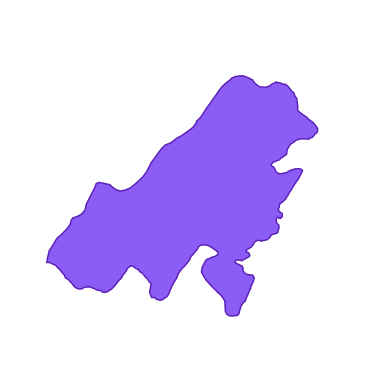 Sumusta, Bani Suwayf, Egypt (Equal Earth projection), rotated 28°
{"feature_id": "37247803B50724482845491", "entity_name": "Sumusta", "entity_type": "district", "adm_level": 2, "iso_a3": "EGY", "parent_name": "Egypt", "parent_adm1": "Bani Suwayf", "projection": "equal_earth", "projection_center": [30.871, 28.951], "detail": "fine", "context": "isolated", "style": "filled", "palette": "violet", "viewbox_px": 384, "rotation_deg": 28, "n_neighbors": 0, "source": "geoboundaries", "source_scale": "gbopen_adm2", "svg_char_len": 5077}
<svg xmlns="http://www.w3.org/2000/svg" viewBox="0 0 384 384"><g transform="rotate(28 192 192)"><path d="M214.8,55.2L211.7,59.6L211.3,60.7L209.9,63.1L208.4,64.2L207.5,65.4L205.1,66.0L204.0,66.7L203.2,67.2L201.3,67.3L200.8,67.3L198.3,66.8L195.9,66.3L193.0,64.6L188.3,64.7L187.7,64.7L185.4,65.0L182.4,65.5L179.5,67.2L176.2,69.6L173.8,72.5L172.9,75.4L171.0,79.4L169.2,84.6L168.3,89.2L167.9,92.6L167.1,99.5L166.3,105.8L165.4,111.5L165.0,117.2L164.6,121.8L163.0,126.9L162.8,127.6L163.3,129.3L162.5,134.4L160.2,139.6L157.8,144.3L156.0,147.7L153.6,151.2L152.7,153.0L150.4,158.2L149.0,159.9L146.1,163.4L145.9,164.3L145.0,167.3L144.8,168.0L144.7,168.5L143.9,173.2L143.1,179.5L142.2,185.2L142.3,189.8L142.4,195.5L141.6,201.2L139.8,206.9L137.9,212.1L135.6,217.3L134.0,219.4L131.8,222.0L128.0,224.9L123.7,225.6L119.8,225.1L115.9,224.1L114.3,224.6L109.2,226.0L105.4,227.2L103.5,229.6L104.1,234.1L104.2,239.8L104.3,245.0L104.4,252.4L106.0,258.0L104.7,263.8L102.3,267.3L99.0,270.8L98.6,273.7L99.6,277.6L98.8,283.4L96.5,291.4L95.6,293.7L94.7,295.5L94.3,299.5L94.3,301.2L93.9,307.5L93.5,310.9L94.6,314.9L95.6,318.8L96.9,322.4L98.1,321.6L100.5,321.0L101.9,321.0L104.4,320.9L106.8,320.8L108.7,321.9L111.2,322.4L113.6,323.5L116.5,324.6L118.0,325.1L119.4,326.2L120.9,327.3L123.2,327.3L123.8,327.3L126.2,328.3L129.7,329.4L131.6,330.5L134.0,331.0L135.0,331.0L136.9,330.9L138.4,330.3L140.3,329.1L141.2,327.4L141.6,327.0L143.1,325.6L146.4,323.8L151.3,323.1L152.7,323.1L154.2,323.1L156.6,322.4L158.0,321.8L159.5,322.4L161.9,321.7L162.8,321.1L163.8,320.0L164.7,318.8L165.6,317.1L166.6,315.3L167.5,312.5L167.5,311.9L167.9,310.7L168.2,309.1L168.4,307.9L168.8,305.6L169.2,303.8L169.7,302.2L170.1,301.0L170.1,299.1L170.1,297.0L170.5,295.8L171.0,292.9L170.9,290.1L171.3,288.4L172.7,286.0L174.2,285.4L176.1,285.4L178.5,285.9L181.4,285.8L183.4,286.9L185.8,286.9L188.7,287.9L190.7,289.0L193.1,289.5L196.0,291.2L197.5,291.7L199.0,292.2L199.5,293.9L200.5,296.8L201.0,299.0L202.5,301.3L206.0,304.1L208.3,302.9L209.3,302.8L210.8,303.4L213.2,302.9L214.1,302.7L214.7,302.6L216.5,300.9L217.9,298.1L218.7,296.7L219.0,296.1L219.3,294.0L219.2,291.2L218.7,288.3L218.6,285.5L218.5,279.8L218.9,275.8L218.3,270.6L218.7,267.2L219.2,263.8L220.1,261.5L221.0,257.4L221.4,254.6L221.8,252.8L221.3,250.0L222.2,246.6L222.6,244.3L223.5,240.8L223.5,237.4L224.2,235.7L224.4,235.1L226.8,233.3L229.7,232.1L232.5,231.5L236.4,231.9L241.3,232.4L243.7,233.5L244.2,234.6L243.8,235.6L243.3,236.9L241.9,238.7L239.5,241.0L239.0,242.1L236.7,244.5L236.2,246.8L236.3,250.2L236.4,254.2L237.9,258.2L242.8,261.5L245.2,262.8L245.7,263.1L253.0,265.8L253.7,266.0L258.4,267.4L261.3,268.4L266.1,269.5L269.1,271.1L272.0,272.7L273.5,275.0L275.5,278.4L275.8,278.9L277.5,281.7L279.9,283.4L282.4,283.9L285.7,282.7L288.1,280.9L290.0,279.7L290.5,278.6L290.4,276.3L289.9,275.2L289.4,272.3L288.8,269.5L288.8,268.9L289.3,266.6L289.2,265.5L290.2,263.7L290.1,262.0L289.6,260.3L289.6,257.5L289.5,255.8L289.0,252.9L289.1,249.7L288.4,247.8L288.3,244.4L287.8,240.4L287.3,238.7L285.8,237.6L284.8,237.0L282.4,237.7L281.0,238.3L280.0,238.9L277.6,238.9L276.6,238.9L275.7,238.4L273.7,237.3L272.7,235.0L271.7,234.5L271.2,233.9L269.3,234.0L268.3,234.0L266.4,234.1L264.0,234.1L263.0,233.6L262.5,231.9L263.7,230.9L265.4,230.1L266.8,229.5L268.2,229.4L272.9,221.9L272.9,220.8L270.5,219.1L270.0,219.1L268.5,219.2L268.0,219.2L267.1,218.0L268.0,216.3L269.9,213.4L270.3,211.7L270.8,209.4L270.7,208.3L270.7,207.1L271.6,205.4L272.1,204.2L274.5,203.0L275.9,203.0L277.4,201.8L279.3,200.1L280.7,198.9L281.2,197.7L281.5,196.8L282.1,195.4L282.0,192.6L283.4,191.4L285.8,189.0L286.3,188.5L286.7,187.3L286.2,185.6L285.7,182.8L284.2,180.5L282.7,180.0L280.3,178.9L279.8,177.2L279.3,176.6L278.8,174.9L279.7,173.8L280.7,174.3L281.2,174.3L282.6,173.7L283.1,172.0L283.0,170.8L282.5,169.7L281.6,168.6L280.1,168.6L278.2,168.1L277.2,167.6L276.2,166.4L276.2,165.3L276.2,164.7L275.7,163.6L275.1,161.3L275.6,160.2L276.5,158.4L277.4,156.1L277.9,154.4L277.9,153.3L278.3,148.7L278.2,146.4L278.6,143.6L278.6,140.7L279.0,138.4L279.0,136.1L279.5,132.8L279.8,131.0L279.8,128.7L279.8,126.4L279.7,124.1L279.7,121.8L279.7,121.3L278.2,120.7L276.7,120.8L275.8,121.2L275.3,121.4L272.9,122.6L270.5,124.9L269.1,126.1L267.2,129.0L266.8,130.1L265.4,131.3L262.5,133.7L261.1,134.9L260.1,134.9L259.6,134.9L257.2,134.9L256.2,134.4L255.2,133.3L253.3,132.2L252.3,131.6L250.4,131.7L249.4,131.1L248.9,130.6L248.9,130.0L249.4,129.4L249.8,127.1L251.2,126.0L252.6,124.2L254.1,122.5L254.5,120.7L257.3,115.5L257.8,114.4L257.3,112.7L256.7,111.6L256.2,109.3L256.2,107.0L256.6,103.6L258.2,100.6L258.5,100.1L259.4,97.8L260.8,96.0L262.2,94.9L263.6,93.7L266.0,92.5L267.5,91.9L268.4,91.3L268.9,91.1L269.9,90.7L270.6,90.2L270.3,89.5L272.7,87.2L273.1,84.9L273.6,82.6L274.5,80.9L274.0,78.6L273.0,76.9L271.0,75.8L268.6,74.7L265.7,73.7L261.3,73.2L257.9,72.1L253.5,71.7L250.6,71.2L248.2,70.7L246.7,70.1L246.1,68.7L245.2,66.7L242.3,62.8L240.3,60.0L238.8,59.5L236.4,57.8L235.4,56.7L232.9,56.2L230.5,55.1L228.1,54.0L226.6,53.5L224.2,53.0L222.7,53.6L220.8,54.2L218.4,54.3L215.5,55.5L214.8,55.2Z" fill="#8b5cf6" stroke="#5b21b6" stroke-width="1.5"/></g></svg>